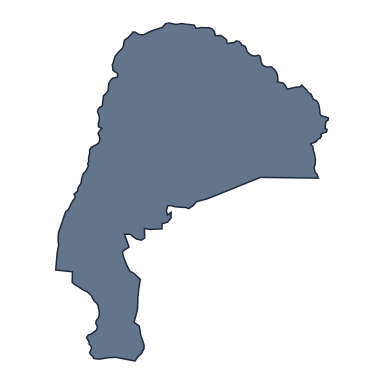 Kinta, Perak, Malaysia
{"feature_id": "92858781B39286105969870", "entity_name": "Kinta", "entity_type": "district", "adm_level": 2, "iso_a3": "MYS", "parent_name": "Malaysia", "parent_adm1": "Perak", "projection": "mercator", "projection_center": [101.136, 4.516], "detail": "fine", "context": "isolated", "style": "filled", "palette": "slate", "viewbox_px": 384, "rotation_deg": 0, "n_neighbors": 0, "source": "geoboundaries", "source_scale": "gbopen_adm2", "svg_char_len": 3457}
<svg xmlns="http://www.w3.org/2000/svg" viewBox="0 0 384 384"><path d="M87.6,163.8L88.5,165.6L86.8,169.4L85.8,171.0L84.6,172.4L83.1,173.9L82.5,176.0L81.7,178.5L81.3,181.6L80.7,183.7L79.3,185.9L78.3,187.3L77.8,189.5L77.8,190.9L73.9,194.2L75.5,196.7L72.8,200.9L71.3,203.3L70.3,205.7L69.2,208.1L68.0,209.9L66.1,211.3L65.3,212.7L58.4,233.1L58.1,240.0L58.6,245.7L57.2,252.5L55.7,270.0L72.4,271.8L72.2,282.4L75.2,285.0L78.8,286.9L81.6,289.0L84.4,290.6L87.0,291.6L88.6,293.2L91.0,295.1L92.6,298.4L94.5,301.4L96.6,303.1L98.0,305.4L99.2,311.5L99.2,315.5L98.3,318.1L96.4,320.2L95.7,323.3L97.1,325.6L97.3,327.9L96.1,330.5L94.3,331.7L91.0,334.1L88.4,334.8L86.5,337.6L87.9,339.9L89.1,341.8L89.1,344.1L91.2,346.5L91.4,348.8L90.5,350.7L89.6,352.4L90.7,354.7L92.9,356.6L93.8,358.5L99.2,359.2L107.4,357.8L115.6,357.3L135.0,361.0L135.2,360.7L137.8,356.8L141.4,353.5L144.0,348.7L144.0,345.1L142.5,339.9L140.7,335.5L140.0,330.4L139.2,326.0L134.1,322.3L137.4,309.8L137.8,302.5L137.8,297.4L138.5,291.9L138.5,290.4L139.6,283.8L140.3,279.4L134.1,273.5L129.7,271.0L126.8,265.1L124.2,258.9L122.4,252.3L124.2,250.1L129.0,247.1L124.6,234.3L130.4,234.3L133.4,236.9L136.7,239.1L141.4,240.2L144.7,238.0L144.4,228.4L149.9,229.5L162.0,228.8L162.0,223.7L167.5,222.2L171.1,217.8L171.1,212.3L167.5,215.2L166.4,210.5L167.8,205.7L171.5,205.7L175.2,206.8L180.3,207.2L185.8,207.5L188.7,208.6L193.1,205.7L196.4,201.7L206.3,199.1L211.5,197.2L260.3,177.4L318.4,178.1L318.0,177.3L317.4,175.1L316.5,173.4L315.3,172.7L314.7,170.9L314.3,169.1L314.0,167.4L314.6,165.9L315.2,164.4L315.5,159.3L315.0,157.4L314.7,156.3L314.7,154.5L313.7,151.7L313.2,149.0L312.6,146.3L311.7,145.4L310.6,144.0L311.9,143.2L313.7,142.8L314.9,142.0L315.8,141.9L316.7,141.0L317.7,139.3L320.3,138.1L321.5,136.0L321.0,135.3L321.0,134.2L322.4,133.3L323.9,132.7L325.5,132.4L326.4,132.3L327.1,129.4L325.2,128.7L325.5,124.4L325.9,121.6L328.3,120.0L328.3,117.9L324.8,116.5L321.2,115.8L320.1,113.9L319.6,109.2L318.7,104.3L317.5,101.9L315.6,100.3L313.3,99.3L312.1,96.5L310.7,93.7L308.8,93.0L306.5,89.9L301.8,85.1L299.8,87.1L296.2,87.1L286.9,89.2L286.2,86.8L283.8,83.6L282.4,82.7L280.2,82.6L277.3,81.7L277.9,80.3L277.7,76.5L277.0,73.5L275.3,70.7L274.0,69.0L272.6,68.1L271.6,66.9L269.5,66.9L266.9,67.1L264.4,66.2L262.4,64.7L261.2,62.1L260.6,58.7L259.9,56.0L258.1,55.2L255.7,56.0L252.7,55.7L250.0,54.5L248.9,53.3L246.8,51.3L246.5,49.4L245.2,46.5L243.5,45.6L241.8,45.2L240.9,43.2L239.0,41.4L236.1,40.9L234.5,42.4L232.5,42.9L230.9,42.7L228.0,43.6L226.7,42.3L226.8,40.3L225.5,38.8L224.0,37.6L222.3,36.4L220.7,35.5L219.3,35.5L215.4,35.7L214.4,31.5L212.3,29.1L209.3,27.7L205.1,27.7L200.6,27.5L198.2,28.2L195.9,28.2L194.3,25.2L191.2,24.7L185.8,24.2L181.6,23.5L178.1,24.2L175.7,24.4L169.1,23.0L165.6,23.7L162.1,27.5L159.7,28.2L157.6,28.9L155.3,29.6L151.8,30.8L149.2,32.0L146.4,33.4L143.6,34.8L138.9,34.5L135.3,32.2L132.8,32.0L131.6,34.1L129.7,35.9L128.3,37.4L124.5,40.2L123.8,43.0L123.6,45.3L122.4,48.2L120.3,50.3L117.7,53.1L115.4,55.9L114.2,59.0L113.7,61.5L112.3,64.6L112.6,67.4L113.0,70.5L115.4,72.1L117.5,73.3L117.7,76.8L115.6,77.5L112.6,78.2L110.5,80.3L108.8,83.4L108.3,87.4L108.3,90.2L106.5,93.0L103.4,95.8L103.2,98.6L102.2,106.1L99.7,107.3L98.3,109.2L97.5,111.5L98.3,113.9L99.2,116.2L99.4,119.7L98.3,123.7L98.5,126.8L101.8,128.4L100.6,129.6L99.7,130.8L98.0,133.4L99.4,136.4L99.9,139.7L99.0,142.5L96.6,144.6L94.0,145.8L91.2,147.4L89.6,150.0L89.6,153.1L88.6,158.0L88.6,161.8L87.6,163.8Z" fill="#64748b" stroke="#1e293b" stroke-width="1.5"/></svg>